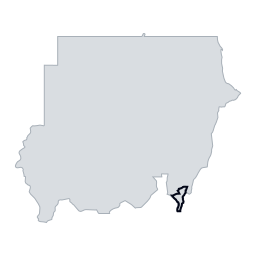 Al Kurmuk, Blue Nile, Sudan shown in context
{"feature_id": "16777658B11118605799379", "entity_name": "Al Kurmuk", "entity_type": "district", "adm_level": 2, "iso_a3": "SDN", "parent_name": "Sudan", "parent_adm1": "Blue Nile", "projection": "mercator", "projection_center": [34.082, 10.395], "detail": "fine", "context": "in_parent", "style": "outline", "palette": "ink", "viewbox_px": 256, "rotation_deg": 0, "n_neighbors": 0, "source": "geoboundaries", "source_scale": "gbopen_adm2", "svg_char_len": 5370}
<svg xmlns="http://www.w3.org/2000/svg" viewBox="0 0 256 256"><path d="M179.8,211.7L177.3,211.7L177.0,211.1L177.1,209.4L177.4,208.2L178.3,206.2L178.0,205.2L178.2,203.6L177.5,201.9L171.5,196.8L170.3,195.4L167.1,194.2L167.7,192.7L166.3,182.4L167.0,181.2L167.2,179.4L167.2,177.8L167.9,175.1L168.0,174.0L161.6,173.9L161.5,175.1L161.8,176.4L161.8,176.9L152.9,176.9L156.5,181.0L156.6,182.8L156.4,185.0L156.5,186.4L156.7,187.3L157.6,189.1L157.6,189.5L157.4,189.9L151.0,195.3L150.0,197.8L149.1,199.1L147.3,201.3L141.5,207.1L140.6,207.5L136.2,207.7L135.8,207.8L135.4,208.1L135.2,208.0L131.5,204.6L125.1,200.6L120.9,202.7L119.8,203.5L119.8,205.4L119.1,206.4L118.0,207.5L114.9,208.2L113.3,208.8L111.4,209.9L109.5,211.7L109.4,212.7L109.6,213.5L98.9,213.5L98.2,212.8L96.6,209.8L95.6,210.0L85.8,209.6L84.4,209.9L81.6,211.2L80.2,211.4L78.8,210.8L73.7,204.8L72.6,204.1L71.4,202.7L70.3,202.0L69.9,201.6L69.8,200.9L69.9,199.6L69.5,198.8L68.7,198.6L61.8,200.0L60.8,199.8L59.4,200.1L58.9,200.3L58.3,201.1L58.2,202.8L58.0,203.6L57.5,204.5L55.5,206.5L55.1,207.4L55.2,209.7L55.1,210.8L54.8,211.3L53.9,212.2L53.6,212.7L53.2,215.5L52.2,217.3L51.9,217.9L51.9,219.1L51.7,219.5L48.6,220.5L47.4,221.1L46.7,222.1L46.5,222.5L45.2,222.2L43.5,221.9L40.2,221.6L39.0,221.1L38.3,220.5L38.5,218.7L38.2,218.4L37.7,218.0L37.3,217.3L37.4,216.4L39.1,214.4L39.5,213.3L39.9,208.3L39.8,206.8L38.4,203.9L35.3,199.1L34.6,198.1L30.6,194.1L30.2,193.5L29.2,191.8L30.3,188.1L30.4,187.0L30.1,186.0L29.1,185.2L28.2,185.1L27.1,184.1L26.3,183.6L25.6,182.8L25.2,181.5L25.5,177.1L25.3,176.5L24.3,176.4L24.0,176.1L24.1,175.2L23.5,172.7L22.9,170.6L23.3,169.5L22.4,167.9L20.8,167.3L17.7,167.8L16.7,167.7L16.1,167.4L15.6,166.8L15.4,166.1L15.6,165.1L16.5,163.2L17.6,161.7L19.8,160.3L20.4,159.5L20.8,158.7L20.8,157.8L20.7,156.7L20.4,155.8L19.8,154.6L19.1,153.2L19.1,152.2L19.4,151.5L20.0,150.7L22.3,149.0L24.5,147.7L24.9,147.2L24.8,146.6L23.7,145.5L23.4,143.3L22.8,141.8L24.0,140.7L24.8,140.3L26.2,139.9L26.7,139.4L26.9,138.5L26.8,137.6L27.3,137.0L27.9,135.6L28.5,135.0L30.2,133.3L30.6,132.3L30.7,131.3L30.2,128.2L31.3,126.9L32.5,125.8L34.4,125.9L37.3,125.6L39.2,125.2L40.6,125.2L43.8,125.8L44.2,125.5L44.3,124.7L44.3,65.2L57.5,65.3L57.7,65.2L57.7,36.5L141.3,36.5L142.0,36.4L143.3,33.7L143.9,33.5L144.7,33.7L145.0,34.3L144.3,36.5L217.3,36.5L217.5,39.8L218.1,42.4L220.1,46.2L221.9,48.2L222.5,49.3L222.6,49.8L222.5,50.3L222.0,49.7L221.1,49.4L220.9,51.1L221.4,54.7L222.1,57.2L221.6,59.5L221.6,63.5L222.6,68.2L222.4,71.2L223.9,78.1L225.4,82.0L226.2,82.9L227.1,83.4L228.8,83.8L231.4,85.7L233.5,87.8L234.2,88.9L235.2,90.1L235.8,89.8L236.3,89.5L236.9,90.5L240.2,92.6L240.6,93.5L239.5,94.4L238.1,96.1L237.5,97.6L237.1,98.0L236.0,99.0L235.9,99.4L235.4,99.7L234.9,99.7L233.8,100.3L232.8,100.1L231.8,100.4L231.4,100.7L230.6,101.0L229.5,101.2L227.9,102.5L226.4,103.1L225.9,103.6L225.1,106.1L224.6,106.8L222.4,106.9L221.3,107.1L219.9,106.8L219.2,106.8L219.0,107.4L218.7,109.5L218.8,110.5L217.5,112.9L217.9,117.5L216.7,121.0L216.5,121.7L215.3,124.5L214.7,125.5L213.2,130.5L212.6,132.1L211.3,133.7L212.7,145.9L211.6,149.6L211.6,151.6L210.9,154.6L210.3,156.0L209.3,157.7L208.5,159.5L207.8,162.0L207.3,166.6L207.1,167.0L203.2,167.6L202.0,167.9L201.2,168.4L200.2,169.6L198.2,172.9L197.2,174.9L195.6,177.6L193.7,179.5L193.3,180.5L193.0,182.2L192.3,185.0L191.7,186.9L191.8,188.5L191.2,191.2L191.3,192.5L190.6,193.3L189.7,194.0L189.1,194.2L186.4,192.3L184.6,193.6L183.4,195.4L182.5,197.1L183.0,200.9L182.9,201.7L182.7,202.6L180.9,206.3L180.4,208.0L179.8,211.0L179.8,211.7Z" fill="#d9dde1" stroke="#a8b0b8" stroke-width="1"/><path d="M185.6,192.9L185.6,192.2L185.6,191.4L185.6,190.7L185.8,190.7L186.5,188.8L187.2,186.8L183.9,186.7L183.2,187.0L182.9,187.0L182.5,187.5L182.3,187.6L182.2,187.7L181.7,187.9L181.3,188.0L181.1,188.2L181.0,188.3L180.9,188.4L179.7,188.6L179.5,188.9L178.8,188.9L178.5,190.2L177.7,190.7L178.4,191.6L179.4,193.7L178.8,193.7L176.7,193.8L175.9,194.1L172.8,195.6L172.4,195.6L172.0,195.6L172.5,196.2L174.3,198.3L175.1,199.0L175.7,199.4L176.0,199.7L176.1,199.9L176.2,200.2L177.0,201.3L177.2,201.8L177.3,202.0L177.5,202.1L177.9,202.1L178.0,202.1L178.3,202.3L178.4,202.5L178.4,202.8L178.4,203.0L178.5,203.3L178.7,203.5L178.7,203.8L178.7,204.1L178.8,204.2L178.8,204.4L178.7,204.4L178.7,204.5L178.6,204.8L178.6,205.0L178.7,205.3L178.7,205.6L178.6,205.9L178.5,206.0L178.4,206.3L178.3,206.6L178.3,206.8L178.3,207.0L178.2,207.1L178.1,207.3L178.0,207.5L177.9,207.5L177.7,207.6L177.7,207.8L177.6,208.1L177.6,208.3L177.4,208.6L177.4,208.9L177.4,209.0L177.3,209.3L177.3,209.5L177.3,209.8L177.3,210.0L177.3,210.4L177.3,210.5L177.4,211.0L177.5,211.2L178.0,211.2L178.5,211.2L178.9,211.2L179.0,211.2L179.3,211.2L179.6,211.2L179.8,211.2L180.0,211.2L180.3,211.2L180.3,210.7L180.2,210.3L180.3,210.0L180.5,209.5L180.5,209.4L180.6,208.9L181.0,207.8L181.0,207.6L181.1,207.4L181.2,207.1L181.4,206.7L181.7,206.0L181.8,205.7L181.7,205.3L181.7,205.2L181.8,205.0L181.9,204.5L182.0,203.6L182.3,203.4L182.5,203.3L182.9,203.0L183.0,203.0L183.3,202.8L183.3,202.7L183.3,202.4L183.4,202.2L183.4,201.7L183.5,201.4L183.4,201.3L183.4,201.2L183.3,200.7L183.1,200.1L182.9,199.4L182.8,198.9L183.0,198.3L182.9,198.1L182.9,197.8L182.8,197.6L182.7,197.3L182.6,197.1L182.7,196.9L182.8,196.8L182.8,196.7L182.9,196.4L183.0,196.3L183.1,196.2L183.5,195.8L184.1,195.2L184.3,194.8L184.6,194.2L185.0,193.4L185.4,193.0L185.6,192.9Z" fill="none" stroke="#020617" stroke-width="2"/></svg>